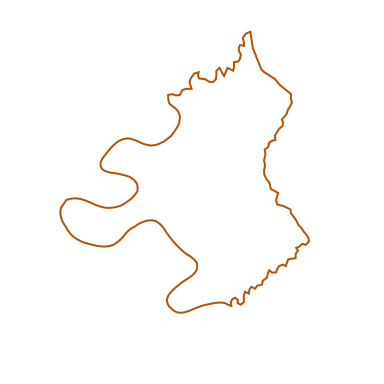 Alpestre, Rio Grande do Sul, Brazil, rotated 246°
{"feature_id": "56859067B81551762900841", "entity_name": "Alpestre", "entity_type": "district", "adm_level": 2, "iso_a3": "BRA", "parent_name": "Brazil", "parent_adm1": "Rio Grande do Sul", "projection": "orthographic", "projection_center": [-53.064, -27.203], "detail": "fine", "context": "isolated", "style": "outline", "palette": "amber", "viewbox_px": 384, "rotation_deg": 246, "n_neighbors": 0, "source": "geoboundaries", "source_scale": "gbopen_adm2", "svg_char_len": 3237}
<svg xmlns="http://www.w3.org/2000/svg" viewBox="0 0 384 384"><g transform="rotate(246 192 192)"><path d="M235.9,74.2L233.4,70.2L230.9,65.9L226.7,63.2L222.2,62.0L218.1,61.7L215.1,62.0L211.6,62.5L206.8,63.0L202.3,64.2L199.2,65.7L196.2,67.4L192.6,70.1L190.2,72.3L187.3,75.8L184.5,79.3L182.2,82.2L179.6,86.2L177.6,90.1L176.2,94.4L175.7,99.2L176.9,104.7L178.1,108.6L179.8,112.2L182.2,116.9L183.5,121.9L183.8,126.0L184.5,129.5L184.7,133.5L184.3,138.7L182.6,143.7L180.1,147.2L176.2,149.5L172.2,151.1L169.4,151.6L165.4,152.2L160.2,153.3L155.1,154.6L151.1,155.8L148.5,156.9L145.6,157.9L141.8,159.5L137.6,161.7L133.9,164.3L129.0,166.7L125.2,167.6L121.9,166.5L118.9,164.6L117.2,162.0L115.9,158.9L115.1,155.6L114.4,151.1L113.4,145.3L112.4,141.8L111.5,138.4L110.3,134.8L108.8,131.1L106.4,127.4L103.5,125.0L99.7,124.2L96.3,124.7L91.8,126.5L88.3,129.2L86.2,132.7L85.2,136.0L84.6,140.3L84.5,144.5L84.4,148.9L84.1,152.9L83.7,156.9L82.8,161.1L82.1,164.4L81.4,167.5L80.3,170.9L78.9,174.2L77.2,176.8L74.5,178.9L71.9,181.6L75.9,182.8L77.8,185.5L77.8,188.7L74.8,190.0L71.9,188.5L69.2,190.8L70.3,194.5L73.0,195.8L75.9,196.9L79.3,199.9L76.1,202.6L79.6,204.8L81.2,207.7L78.0,210.2L79.8,213.5L79.0,218.5L82.2,220.5L83.1,225.3L86.7,228.2L89.0,230.7L85.8,232.4L84.5,236.0L87.4,239.0L89.0,241.6L88.7,245.5L86.3,247.5L88.6,249.7L91.3,252.6L90.3,256.6L89.5,259.7L93.3,261.6L95.3,265.0L98.5,264.4L98.5,267.9L99.8,271.6L97.5,274.4L99.1,278.6L102.6,279.7L105.6,279.3L110.1,278.0L114.7,277.3L118.7,275.7L122.2,275.7L126.2,275.3L129.2,274.5L132.5,273.7L136.0,274.9L142.0,269.8L145.9,264.8L150.3,265.5L156.1,270.3L162.8,265.2L169.6,266.6L172.7,265.4L175.5,265.2L179.0,265.2L182.6,266.7L186.6,269.6L191.5,270.6L196.5,274.4L201.3,275.7L202.1,280.1L205.4,282.2L206.3,285.7L205.7,289.3L209.6,290.5L212.1,294.0L214.3,297.2L215.4,301.6L218.6,303.5L221.6,303.5L223.0,306.7L224.7,310.1L228.1,313.1L230.7,316.9L233.2,319.7L237.3,320.4L241.2,322.3L253.9,315.9L261.2,313.8L272.4,306.6L275.9,305.2L298.8,306.1L314.7,310.5L314.8,305.8L312.1,301.0L307.5,300.3L304.4,299.1L306.7,295.7L304.7,293.4L301.9,292.2L297.6,292.6L294.2,290.0L292.4,287.4L293.6,283.1L288.9,281.2L286.0,279.0L290.9,274.9L287.9,271.8L284.9,268.5L289.0,268.0L294.2,267.6L292.7,263.5L288.3,261.5L285.3,259.7L283.8,255.6L285.9,252.4L289.8,249.8L293.0,244.5L296.0,244.9L298.7,246.8L299.3,242.2L296.2,236.9L293.4,234.4L286.5,233.6L288.5,228.8L289.1,224.8L285.5,220.2L286.9,216.3L289.1,214.3L290.4,209.7L286.4,208.0L281.9,207.3L279.3,208.5L275.8,210.5L273.0,211.7L269.3,212.1L265.8,211.7L261.7,209.3L259.2,207.3L256.8,204.3L254.2,200.2L251.7,195.5L250.5,190.9L249.5,186.8L249.4,181.7L249.8,177.9L250.9,173.8L253.3,170.1L255.4,167.6L258.1,165.0L260.4,163.1L262.8,160.8L265.5,157.9L267.4,154.4L268.4,150.3L268.4,146.0L267.5,142.0L266.0,137.5L264.1,133.5L262.5,130.1L261.0,127.5L259.2,124.0L255.9,120.3L252.9,119.1L249.8,119.1L246.5,121.1L242.9,125.3L240.7,128.9L238.8,131.9L236.0,135.5L233.6,138.6L230.7,141.6L226.2,144.1L221.8,145.2L218.2,144.1L215.0,142.6L212.6,138.6L210.6,133.8L209.6,129.6L208.9,125.6L208.5,121.2L209.2,116.1L210.4,112.0L211.7,108.6L213.5,105.5L216.5,101.8L219.1,98.9L222.0,96.4L224.1,94.5L227.1,91.7L231.0,87.4L233.9,82.5L235.1,78.6L235.9,74.2Z" fill="none" stroke="#b45309" stroke-width="2"/></g></svg>